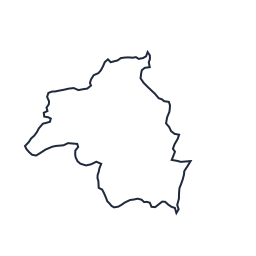 Santo Antônio de Posse, São Paulo, Brazil, rotated 212°
{"feature_id": "56859067B90854909579192", "entity_name": "Santo Antônio de Posse", "entity_type": "district", "adm_level": 2, "iso_a3": "BRA", "parent_name": "Brazil", "parent_adm1": "São Paulo", "projection": "robinson", "projection_center": [-46.947, -22.613], "detail": "fine", "context": "isolated", "style": "outline", "palette": "slate", "viewbox_px": 256, "rotation_deg": 212, "n_neighbors": 0, "source": "geoboundaries", "source_scale": "gbopen_adm2", "svg_char_len": 1848}
<svg xmlns="http://www.w3.org/2000/svg" viewBox="0 0 256 256"><g transform="rotate(212 128 128)"><path d="M207.5,96.3L205.1,93.3L201.4,94.8L198.5,95.1L197.5,91.9L200.1,89.0L202.5,86.5L203.4,80.5L203.1,76.3L203.4,72.0L204.6,67.8L204.7,63.4L205.8,58.1L202.9,56.3L199.0,55.1L195.1,54.5L191.4,55.9L189.3,60.0L186.4,66.2L182.3,72.0L179.6,74.6L177.2,76.4L173.5,79.2L170.8,83.4L162.6,87.6L160.2,85.5L160.7,81.0L158.8,77.6L156.7,75.2L153.0,73.0L149.4,72.5L143.8,74.0L140.1,77.6L137.0,82.6L131.7,83.4L130.9,78.7L129.6,75.3L128.9,72.2L127.3,69.3L125.1,67.4L121.1,61.7L117.3,62.1L114.1,60.2L110.3,57.6L106.7,54.9L103.7,54.2L100.7,53.2L97.8,53.3L94.6,56.1L93.1,58.8L91.0,63.5L88.0,68.1L85.1,70.5L82.3,73.2L78.5,74.4L75.2,73.7L72.8,75.4L69.9,76.2L66.3,73.6L63.0,75.3L61.5,79.5L60.0,83.7L57.4,85.1L53.0,84.3L49.2,84.2L46.0,85.1L41.9,81.5L42.0,85.9L45.5,88.8L47.4,95.1L49.8,99.1L52.4,104.0L53.3,108.7L54.4,113.6L55.9,118.3L57.4,121.2L57.4,124.4L57.3,127.7L57.4,133.1L62.1,129.6L65.2,127.3L69.1,126.1L74.0,124.1L75.6,132.8L78.9,134.2L79.9,138.8L80.1,145.2L81.1,149.4L85.4,147.7L89.9,148.2L93.5,150.6L98.2,152.1L100.5,157.8L101.5,163.7L102.8,166.5L104.4,169.5L107.2,171.8L111.5,169.9L114.7,170.3L117.6,169.5L123.6,171.4L126.4,171.9L129.6,172.6L132.8,173.2L138.7,174.6L143.7,176.8L145.6,180.9L146.9,184.3L145.7,187.9L141.8,191.1L145.2,194.7L146.0,198.2L147.9,201.1L151.6,202.8L150.7,198.4L152.3,195.3L155.5,192.3L158.8,192.3L161.0,190.3L165.4,187.9L168.5,185.7L171.1,183.5L172.7,179.7L174.7,177.7L177.5,174.6L181.4,175.6L182.6,171.6L181.9,167.2L181.6,162.4L182.2,158.8L185.1,154.6L185.1,149.9L184.2,146.1L181.9,144.4L183.4,139.9L187.3,136.5L190.1,133.9L195.2,133.1L199.1,130.0L203.0,126.1L206.2,123.2L208.8,120.7L212.1,118.3L214.1,115.5L213.1,111.5L209.1,108.8L207.7,106.1L207.9,102.1L205.3,99.7L207.5,96.3Z" fill="none" stroke="#1e293b" stroke-width="2"/></g></svg>